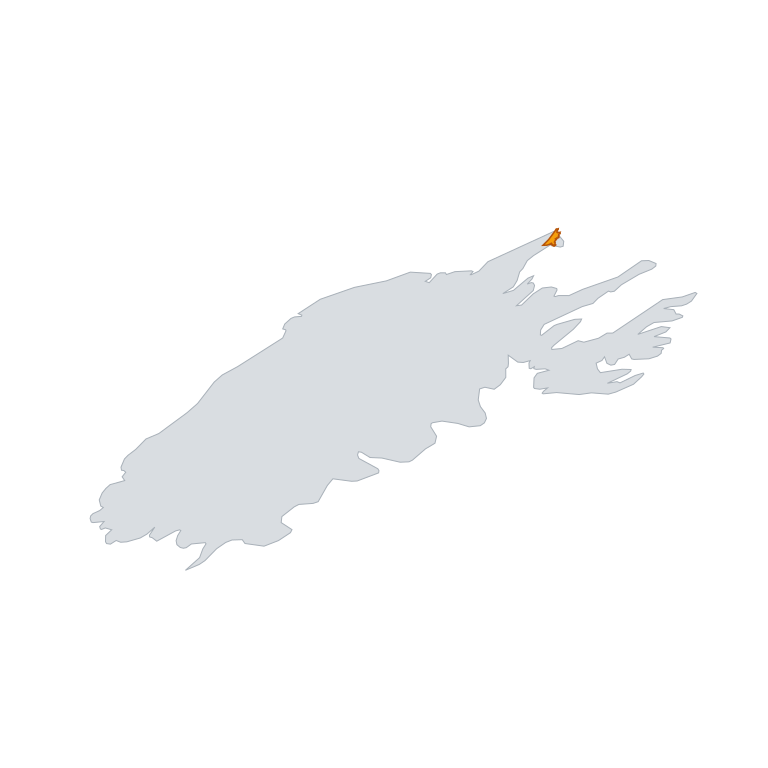 location of Reykjanesbær, Suðurnes, Iceland, rotated 157°
{"feature_id": "244011B48140939724428", "entity_name": "Reykjanesbær", "entity_type": "district", "adm_level": 2, "iso_a3": "ISL", "parent_name": "Iceland", "parent_adm1": "Suðurnes", "projection": "equal_earth", "projection_center": [-22.621, 63.919], "detail": "fine", "context": "in_parent", "style": "filled", "palette": "amber", "viewbox_px": 768, "rotation_deg": 157, "n_neighbors": 0, "source": "geoboundaries", "source_scale": "gbopen_adm2", "svg_char_len": 6165}
<svg xmlns="http://www.w3.org/2000/svg" viewBox="0 0 768 768"><g transform="rotate(157 384 384)"><path d="M584.9,299.8L591.6,300.0L602.4,297.8L617.8,291.4L624.4,290.1L639.6,290.1L621.6,296.2L615.2,303.0L610.3,306.4L610.5,307.8L623.8,312.0L630.0,310.6L632.8,311.2L635.4,313.1L637.4,317.0L636.6,321.0L633.1,325.1L628.3,328.5L629.1,329.6L633.2,330.2L654.6,328.1L657.4,333.1L659.5,334.8L659.0,336.5L650.9,341.8L660.7,338.5L668.6,337.5L682.4,339.2L688.2,341.2L691.7,344.6L698.4,343.5L701.7,345.5L702.0,347.6L699.4,353.3L691.6,356.2L696.8,360.4L700.9,360.5L701.7,361.4L701.4,363.9L695.4,366.8L706.0,370.1L707.4,371.3L707.1,375.0L705.5,377.2L702.5,378.4L695.1,378.6L690.6,380.0L692.4,382.3L691.4,388.6L686.0,393.8L680.7,396.6L675.4,398.4L660.4,396.4L661.3,400.9L656.2,403.7L657.3,406.0L659.3,407.2L658.6,410.2L652.2,416.4L647.5,418.4L638.1,420.8L624.6,426.4L610.6,426.4L576.6,434.5L563.2,438.9L539.6,452.1L529.4,455.5L511.9,457.2L459.3,465.9L453.5,471.2L453.3,472.3L455.7,474.3L451.9,478.0L444.0,480.7L440.2,480.7L433.5,478.5L432.7,479.5L435.5,482.3L409.6,486.9L373.5,484.5L341.5,478.0L316.1,476.7L298.1,467.7L297.6,466.2L299.5,463.5L305.9,462.4L302.8,459.6L292.1,464.4L288.6,464.3L284.0,462.3L283.8,460.4L274.8,459.7L259.3,454.0L258.1,452.7L261.8,450.9L261.0,450.5L252.6,450.8L240.5,456.0L168.2,458.1L165.8,455.3L162.8,445.1L165.3,440.8L168.3,441.2L176.7,447.0L196.1,443.8L203.9,441.6L211.1,436.0L215.3,434.2L221.1,427.2L227.0,422.9L239.3,420.8L228.3,419.6L210.1,425.2L204.0,425.2L206.8,422.8L213.1,420.0L208.8,419.8L207.1,418.6L206.9,415.9L210.1,411.7L231.5,404.3L226.5,402.9L211.6,408.6L200.8,410.5L192.0,407.9L187.7,404.4L188.0,402.9L193.2,398.5L192.3,397.6L188.8,397.2L179.2,393.1L164.2,393.5L126.9,391.1L98.8,396.8L92.0,394.2L86.5,388.6L87.7,386.4L92.6,385.1L106.4,385.3L126.6,382.6L135.8,379.4L139.4,380.2L141.1,381.8L153.5,379.3L160.2,376.5L171.3,377.8L213.3,376.3L218.7,372.5L220.9,368.1L219.9,367.2L204.5,371.3L201.0,371.2L183.2,369.0L176.7,366.6L178.8,364.6L188.3,360.4L212.3,353.3L215.6,351.9L216.0,350.2L206.4,347.2L188.4,348.0L183.7,344.4L168.7,342.3L158.8,343.7L153.5,341.5L94.5,352.8L75.4,347.6L61.8,346.7L60.6,345.1L68.6,340.2L74.1,339.3L79.5,339.7L89.9,343.2L97.1,344.2L88.2,339.2L87.8,334.3L85.0,333.1L82.3,329.9L83.4,328.8L94.2,329.5L111.4,335.1L119.9,334.1L131.0,330.5L106.3,328.5L98.8,324.1L104.2,321.8L116.9,322.1L102.8,314.6L102.2,313.3L104.6,310.0L122.3,312.9L113.0,308.4L112.7,307.4L115.4,306.6L116.9,303.9L121.3,302.8L130.3,303.7L144.2,308.9L146.2,310.3L146.7,315.6L152.2,314.7L158.7,315.5L164.1,311.9L167.8,312.7L170.7,315.9L170.4,322.9L174.2,320.5L180.6,320.3L181.6,314.5L180.4,309.9L159.2,304.6L150.9,300.8L151.9,299.5L156.0,298.3L178.1,297.4L168.6,295.1L166.3,292.8L149.5,293.7L141.1,292.8L140.9,291.6L144.2,289.9L154.4,286.3L173.7,286.0L181.5,287.0L196.5,294.8L208.4,298.0L228.5,308.7L241.4,312.8L242.0,313.8L239.9,315.0L235.0,316.5L242.6,318.3L247.3,321.1L247.6,322.4L243.5,331.0L238.7,333.9L226.8,332.2L229.7,335.0L238.2,338.0L240.1,339.6L238.9,341.2L242.9,340.7L244.2,341.7L242.4,346.6L240.3,348.4L247.4,349.4L252.3,351.9L258.4,362.0L261.5,354.2L263.1,351.4L266.0,350.4L269.3,342.5L277.2,337.9L284.6,336.1L292.4,341.6L297.9,342.1L303.5,332.5L304.1,325.5L302.2,317.8L303.1,312.3L306.8,309.0L311.7,308.0L322.4,311.3L331.5,318.9L345.1,327.2L354.5,329.4L356.1,329.1L357.7,326.4L356.0,315.4L360.2,309.6L371.1,308.1L387.6,302.8L391.4,302.6L399.7,305.7L414.9,316.7L425.6,321.8L431.4,330.0L434.0,331.6L436.1,329.0L436.2,325.3L422.8,308.4L422.5,306.2L423.7,304.3L446.6,305.2L451.8,307.1L468.1,316.7L475.7,312.8L490.6,301.4L495.9,301.8L509.4,306.4L514.6,306.0L529.8,301.9L532.8,296.6L525.6,285.9L528.2,283.7L542.3,281.1L557.8,281.6L574.3,291.5L575.3,296.1L584.9,299.8Z" fill="#d9dde1" stroke="#a8b0b8" stroke-width="1"/><path d="M180.2,448.3L179.9,448.2L179.6,448.1L179.4,448.1L178.9,448.1L178.7,448.0L178.3,448.0L178.0,448.0L177.7,448.0L177.3,448.0L177.2,448.0L177.2,447.9L176.7,447.7L176.4,447.6L176.3,447.8L176.2,447.8L175.9,447.9L175.7,447.9L175.9,447.9L175.9,448.0L175.7,448.0L175.3,448.2L175.2,448.2L174.8,448.1L174.8,447.9L175.0,447.8L175.5,447.8L175.0,447.8L174.9,447.7L175.0,447.4L174.8,447.4L175.0,447.4L175.3,447.3L175.5,447.4L175.4,447.3L175.2,447.3L175.0,447.2L174.9,447.2L174.7,447.1L174.8,447.1L174.7,447.0L174.7,446.8L174.6,446.7L174.8,446.6L174.9,446.4L174.7,446.2L174.2,446.1L174.0,445.9L173.9,445.8L174.0,445.8L174.3,445.7L174.5,445.6L174.3,445.5L174.4,445.4L174.2,445.3L174.2,445.2L173.9,445.1L173.7,445.0L173.7,444.9L173.8,444.9L173.9,444.7L173.7,444.5L173.6,444.4L171.6,444.8L171.5,445.0L172.1,445.9L171.7,446.4L171.2,447.2L171.7,448.1L169.2,449.6L169.3,449.6L169.1,449.7L169.0,449.8L168.9,449.8L168.9,450.0L169.2,450.0L169.4,449.9L169.2,450.0L168.9,450.1L168.7,450.2L168.7,450.3L168.8,450.2L169.0,450.2L168.9,450.2L168.9,450.3L169.0,450.3L169.1,450.2L169.3,450.2L169.2,450.3L169.4,450.4L169.5,450.3L169.3,450.4L169.3,450.5L169.5,450.5L169.4,450.5L169.2,450.5L168.7,450.5L168.8,450.6L168.7,450.6L168.4,450.6L168.2,450.7L167.9,450.7L167.6,450.6L167.4,450.7L167.5,450.7L167.4,450.7L167.2,450.6L167.3,450.7L167.2,450.7L166.9,450.7L166.7,450.7L166.3,450.7L166.2,450.6L166.3,450.7L165.8,450.8L165.6,451.0L165.8,451.2L165.8,451.3L165.9,451.5L165.7,451.6L165.6,451.8L165.4,451.8L165.3,452.0L165.2,452.3L164.9,452.4L164.9,452.5L164.9,452.8L165.0,452.8L164.8,453.1L164.8,453.3L164.7,453.4L164.6,453.5L164.4,453.5L164.2,453.6L163.9,453.6L163.5,453.7L163.4,453.6L163.2,453.6L163.1,453.8L162.9,454.0L163.0,454.3L162.9,454.5L163.0,454.5L162.9,454.6L163.0,454.6L162.9,454.7L163.0,454.7L162.9,454.7L163.0,454.7L163.0,454.9L163.2,455.0L163.5,455.1L163.7,455.3L163.9,455.3L164.0,455.4L164.5,455.5L164.8,455.7L165.1,455.7L165.4,455.9L165.5,456.0L165.4,456.2L165.3,456.3L165.2,456.5L165.2,456.4L165.1,456.5L165.0,456.8L165.1,457.0L164.9,457.3L164.8,457.5L164.6,457.5L164.3,457.7L164.2,457.7L164.1,457.8L163.8,458.0L163.7,458.1L163.3,458.2L163.2,458.4L163.2,458.5L163.0,458.8L163.3,458.8L163.5,458.8L163.8,458.9L163.9,459.0L164.0,459.1L164.3,459.2L164.5,459.2L164.6,459.3L164.8,459.4L167.8,457.4L176.0,452.6L183.5,449.6L180.2,448.3ZM166.9,450.5L166.7,450.5L166.8,450.6L166.9,450.5Z" fill="#f59e0b" stroke="#b45309" stroke-width="1.5"/></g></svg>